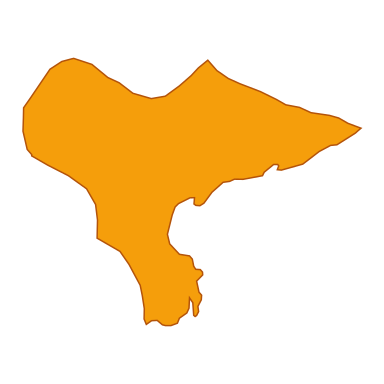 the district of Riwon, Hamgyŏng-namdo, North Korea
{"feature_id": "82179303B95293101027847", "entity_name": "Riwon", "entity_type": "district", "adm_level": 2, "iso_a3": "PRK", "parent_name": "North Korea", "parent_adm1": "Hamgyŏng-namdo", "projection": "orthographic", "projection_center": [128.649, 40.322], "detail": "fine", "context": "isolated", "style": "filled", "palette": "amber", "viewbox_px": 384, "rotation_deg": 0, "n_neighbors": 0, "source": "geoboundaries", "source_scale": "gbopen_adm2", "svg_char_len": 1366}
<svg xmlns="http://www.w3.org/2000/svg" viewBox="0 0 384 384"><path d="M146.3,324.4L151.6,320.7L157.2,320.4L162.4,324.8L165.5,325.6L170.9,325.6L177.4,323.2L179.4,318.2L186.8,313.0L189.0,308.2L189.5,297.8L192.8,302.7L193.7,315.3L195.1,316.5L196.6,315.5L198.6,311.6L198.0,307.1L197.9,306.4L201.3,299.8L201.6,295.2L199.0,292.2L196.6,281.1L202.7,274.9L202.5,272.1L200.3,269.6L195.7,269.3L193.7,266.2L192.3,259.1L189.5,255.9L179.4,254.3L169.7,243.9L167.4,234.3L172.2,215.0L175.1,207.0L178.5,203.6L190.0,197.8L194.5,197.7L194.0,204.0L195.9,205.4L199.9,205.7L203.9,203.2L212.0,192.2L223.1,182.3L229.6,181.4L234.4,179.2L243.1,179.3L262.5,175.7L264.2,172.2L273.6,164.5L277.7,164.5L278.7,165.9L277.3,169.7L281.4,170.1L302.8,164.1L319.2,151.5L330.6,145.4L336.9,144.8L355.5,133.0L357.7,131.0L361.0,128.2L354.8,125.9L347.9,123.3L338.7,118.0L329.5,115.4L311.0,112.7L299.5,107.4L285.7,104.8L276.5,99.5L260.4,91.6L239.8,83.7L228.3,78.5L216.9,70.6L207.8,60.2L198.4,67.9L191.2,75.6L179.4,85.9L165.3,96.2L151.3,98.6L132.9,93.3L119.2,82.8L107.8,77.5L91.9,64.4L73.7,58.4L71.1,59.0L61.8,61.5L50.0,69.2L30.8,97.5L23.6,107.8L23.4,118.2L23.0,131.2L27.2,149.4L31.7,154.6L31.7,155.9L47.7,165.1L68.4,175.7L86.6,188.8L95.6,204.5L97.5,220.1L97.1,238.2L120.0,251.4L129.0,264.4L140.2,285.3L142.3,295.7L144.3,308.6L144.1,319.0L146.3,324.4Z" fill="#f59e0b" stroke="#b45309" stroke-width="1.5"/></svg>